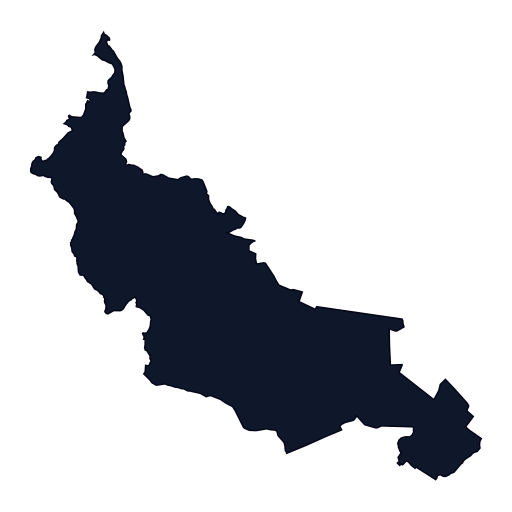 the district of Dalnic, Covasna, Romania
{"feature_id": "2599482B83392942067718", "entity_name": "Dalnic", "entity_type": "district", "adm_level": 2, "iso_a3": "ROU", "parent_name": "Romania", "parent_adm1": "Covasna", "projection": "mercator", "projection_center": [25.968, 45.934], "detail": "fine", "context": "isolated", "style": "filled", "palette": "ink", "viewbox_px": 512, "rotation_deg": 0, "n_neighbors": 0, "source": "geoboundaries", "source_scale": "gbopen_adm2", "svg_char_len": 5918}
<svg xmlns="http://www.w3.org/2000/svg" viewBox="0 0 512 512"><path d="M435.7,479.6L436.9,477.9L437.1,476.5L438.1,475.2L440.6,474.8L443.2,476.3L445.8,476.4L449.2,474.7L450.3,473.6L454.0,472.2L460.6,464.3L462.5,462.9L463.2,461.3L465.1,459.2L470.7,455.6L472.1,453.9L473.6,452.7L477.3,451.3L480.0,448.1L479.5,445.0L479.9,441.3L481.3,438.6L469.5,430.4L465.6,426.9L473.3,416.5L466.8,410.8L468.7,405.9L467.3,403.3L454.6,389.1L445.4,379.4L440.3,384.4L438.8,390.6L433.9,399.7L399.1,372.5L402.2,364.9L402.0,364.6L390.4,365.1L389.5,346.1L389.2,328.8L395.0,330.9L396.8,331.0L404.0,326.9L403.0,323.6L402.7,320.4L402.1,319.1L316.8,306.7L315.2,309.3L299.0,301.6L302.3,292.0L293.5,289.6L290.5,290.0L279.0,285.2L276.2,280.8L274.0,276.4L265.4,263.2L263.7,262.8L257.9,263.8L256.5,263.6L255.5,258.9L255.7,253.8L248.9,250.8L248.9,245.5L250.7,243.3L253.5,241.3L255.3,241.0L252.4,240.1L245.2,239.2L243.2,238.6L241.4,237.5L234.5,236.0L227.1,232.8L229.0,232.3L233.5,229.8L235.6,229.1L237.2,227.9L239.5,228.0L240.7,227.5L243.6,223.4L245.0,220.4L245.6,218.3L245.4,217.9L243.3,217.3L238.1,214.4L235.2,211.0L231.4,208.6L230.2,207.3L228.6,206.5L227.6,206.8L227.3,208.2L226.2,209.6L225.6,212.3L224.4,213.7L223.0,213.8L219.2,212.2L217.0,213.9L216.8,213.1L214.3,209.3L213.4,209.3L213.0,208.8L212.5,207.1L210.1,203.5L208.7,199.9L208.5,198.0L208.6,195.8L206.4,193.7L206.4,193.0L206.9,191.9L206.5,190.4L203.1,181.8L201.9,180.0L198.8,179.0L194.7,178.8L191.5,179.3L190.4,178.8L188.4,176.6L186.7,176.1L180.7,177.8L178.1,179.7L168.6,178.1L163.2,175.0L160.9,174.4L158.3,175.9L153.0,176.8L146.9,174.2L145.1,173.9L143.2,174.2L142.8,173.5L142.8,171.9L141.8,169.7L139.2,168.4L138.7,167.6L133.6,165.2L132.5,165.3L128.6,164.5L125.9,165.5L125.4,164.4L126.6,161.8L125.8,159.1L121.6,155.4L120.8,154.2L122.2,151.2L123.6,149.6L123.9,148.5L123.6,147.7L123.6,146.1L124.7,144.9L124.8,142.1L126.0,141.3L124.0,137.8L122.8,132.6L122.1,131.5L122.1,127.3L122.8,125.9L128.3,121.0L129.3,119.7L129.7,118.5L129.7,116.4L128.9,114.0L129.2,113.0L131.0,111.0L131.0,110.0L129.7,106.9L127.6,97.4L126.7,94.8L126.2,91.5L125.4,89.9L124.8,87.1L123.9,84.6L123.0,75.9L121.9,70.2L121.9,66.1L120.4,62.2L117.0,57.7L113.4,51.2L112.3,50.3L109.2,46.1L108.6,46.4L108.2,46.1L106.6,42.7L106.5,42.0L107.3,39.8L109.4,40.2L109.6,39.8L109.4,38.4L109.0,37.7L106.5,35.4L104.3,34.2L103.6,32.4L101.5,35.6L101.2,38.2L99.4,42.1L96.1,46.5L95.3,48.1L94.8,50.0L95.2,51.5L95.2,52.9L93.7,54.6L94.4,54.4L97.2,55.6L102.2,59.8L104.7,60.4L108.7,62.6L111.8,63.7L112.5,64.2L114.5,68.0L115.1,70.2L114.7,72.9L112.4,76.0L111.6,77.7L110.3,78.3L109.9,79.4L109.4,79.4L108.8,79.9L108.9,80.3L108.1,80.8L108.0,81.5L108.4,82.5L108.0,82.9L108.0,83.5L108.9,85.2L108.4,87.9L108.6,88.8L106.6,89.8L104.4,92.9L103.8,93.1L99.7,93.0L95.5,92.0L92.7,91.9L90.7,92.3L87.7,91.9L86.7,97.3L86.5,97.7L89.4,98.6L90.3,99.9L90.3,100.7L88.3,102.3L88.1,100.9L87.7,100.7L87.0,101.8L86.8,102.9L85.8,104.0L85.7,109.1L83.4,115.4L82.2,116.4L81.8,117.3L80.5,117.5L71.7,116.8L69.4,115.3L68.6,116.0L68.6,116.6L69.6,118.3L68.5,119.8L66.8,120.4L66.0,122.0L64.1,123.7L66.8,124.5L67.7,125.0L68.7,126.3L70.9,127.0L71.4,127.5L71.9,129.1L72.9,130.5L68.1,132.9L63.0,138.6L59.1,142.1L58.1,144.8L57.2,144.8L55.5,146.2L54.6,147.6L54.5,150.2L53.6,152.7L51.0,156.1L48.9,158.4L47.4,159.2L46.4,160.8L45.0,160.4L43.3,161.4L42.1,161.0L40.5,158.6L41.0,158.1L41.0,157.3L38.3,156.5L35.7,158.0L35.2,159.8L33.2,161.3L32.1,163.1L31.7,166.1L30.7,168.8L30.8,172.0L32.6,173.4L35.8,174.4L37.6,175.6L39.7,176.0L43.8,175.4L44.9,176.3L47.9,177.3L51.3,177.5L52.2,178.6L51.8,179.5L51.3,182.0L51.8,183.5L53.5,185.3L54.1,186.8L54.6,189.6L57.0,191.8L58.8,194.6L59.6,196.9L63.5,199.0L64.7,198.9L67.7,201.5L68.9,201.8L74.0,208.4L74.6,210.7L74.6,213.5L76.1,216.0L78.3,221.2L77.5,223.3L76.7,224.3L76.3,229.2L75.1,231.5L74.3,234.8L72.7,238.4L72.8,239.1L71.6,240.1L71.4,242.4L70.6,242.7L70.8,243.5L70.6,244.3L70.7,245.4L71.6,247.2L72.2,251.7L74.1,254.0L74.6,256.0L76.3,256.7L77.2,258.0L76.9,258.2L76.8,261.3L77.3,262.5L77.0,263.6L78.1,266.1L78.5,271.8L79.4,273.9L80.2,275.0L83.8,275.2L84.3,276.6L85.9,279.0L87.3,279.8L86.9,280.6L87.7,281.7L88.4,281.8L89.7,283.0L91.7,284.0L92.3,285.4L93.1,285.6L93.1,286.7L94.7,289.0L97.4,290.3L99.5,292.3L100.2,293.5L102.0,294.1L103.9,295.7L103.7,297.1L104.6,297.7L104.8,299.6L104.5,301.3L104.7,302.5L106.1,305.3L105.8,309.0L104.9,311.3L105.1,312.1L106.4,313.5L107.9,313.9L113.7,310.6L120.3,310.7L121.9,310.0L123.5,308.5L125.5,305.0L128.6,301.2L130.2,300.1L130.9,300.0L132.5,298.1L133.6,298.0L134.7,296.9L135.8,298.1L137.0,300.7L136.0,302.7L136.9,304.0L136.2,306.3L136.4,306.7L139.7,307.5L143.9,310.2L147.9,315.0L150.4,316.0L151.3,320.0L150.8,320.8L150.2,326.2L149.5,328.4L147.0,332.7L144.9,333.3L143.0,332.9L142.5,333.6L144.3,337.1L143.6,339.2L145.2,339.4L145.1,345.1L144.6,347.8L145.0,348.5L145.1,349.9L146.8,350.7L149.7,355.3L150.2,356.7L149.9,358.3L151.4,361.4L150.8,361.8L150.0,362.9L149.2,365.4L147.3,365.7L145.6,365.3L145.2,371.8L143.8,373.9L149.6,379.6L151.9,382.7L156.2,385.2L165.1,383.9L167.4,385.0L170.6,385.6L175.4,387.2L177.6,387.3L181.6,388.7L183.8,388.8L187.7,390.9L189.3,390.9L200.3,393.3L206.2,396.7L209.3,395.7L211.1,395.7L220.5,399.4L225.4,402.8L232.6,406.6L235.2,410.7L243.5,427.3L244.7,428.3L249.3,430.3L256.2,430.6L266.6,428.8L270.4,429.7L274.9,430.1L276.9,431.1L278.0,435.5L283.9,442.2L285.0,446.0L285.3,450.6L286.1,451.5L286.7,453.3L306.4,445.2L326.6,436.1L341.6,429.9L339.8,426.3L341.5,424.4L345.3,422.4L353.1,420.4L354.3,419.5L356.8,415.9L364.7,424.7L375.9,427.9L377.8,427.6L381.4,425.9L412.6,426.8L413.8,427.8L413.4,429.8L413.7,432.0L412.0,435.2L409.7,436.9L405.5,436.8L401.3,438.0L398.9,440.2L398.7,441.4L397.7,443.1L398.7,447.3L398.5,447.5L399.2,448.8L399.8,450.9L400.8,452.3L400.9,453.3L398.1,457.3L399.3,461.4L397.4,463.0L399.4,465.1L399.6,464.8L399.9,465.2L401.1,463.8L402.2,464.8L403.1,464.4L406.2,461.0L407.4,461.3L408.7,462.2L411.2,465.2L415.1,468.3L416.1,467.1L435.7,479.6Z" fill="#0f172a" stroke="#020617" stroke-width="1.5"/></svg>